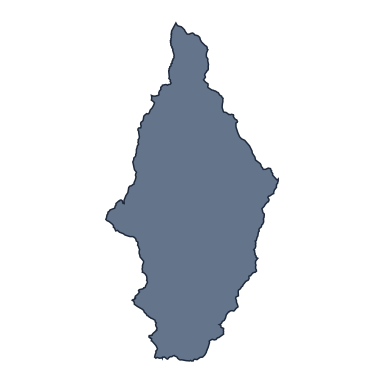 Gura Teghii, Buzau, Romania
{"feature_id": "2599482B83028603029386", "entity_name": "Gura Teghii", "entity_type": "district", "adm_level": 2, "iso_a3": "ROU", "parent_name": "Romania", "parent_adm1": "Buzau", "projection": "albers", "projection_center": [26.43, 45.616], "detail": "fine", "context": "isolated", "style": "filled", "palette": "slate", "viewbox_px": 384, "rotation_deg": 0, "n_neighbors": 0, "source": "geoboundaries", "source_scale": "gbopen_adm2", "svg_char_len": 6018}
<svg xmlns="http://www.w3.org/2000/svg" viewBox="0 0 384 384"><path d="M193.4,360.2L194.0,359.5L194.6,359.2L197.0,359.6L200.1,357.4L202.6,357.1L204.7,355.0L206.3,352.3L206.7,350.5L207.2,349.9L207.3,349.1L208.0,347.8L209.5,342.6L209.2,341.2L209.4,340.9L212.1,339.3L214.3,339.9L216.1,339.5L217.4,337.8L218.7,337.6L223.6,334.1L223.4,332.8L223.6,331.6L223.3,330.0L223.6,329.2L223.6,328.4L221.1,327.4L220.8,325.4L219.4,324.6L220.1,324.4L221.6,323.1L222.3,321.5L224.3,320.3L225.5,318.0L226.3,314.8L228.6,311.9L229.1,311.9L230.3,310.9L232.0,310.6L233.5,311.0L234.2,310.8L236.4,308.0L237.8,307.2L238.0,306.6L237.5,304.8L236.4,302.1L236.5,300.7L235.6,298.3L236.0,297.0L238.4,295.8L238.2,291.2L238.5,290.1L240.4,288.8L241.4,287.0L242.7,286.0L243.1,284.8L245.8,281.4L248.4,280.0L249.1,278.4L248.9,276.5L249.2,275.9L250.5,275.8L252.5,273.2L254.2,272.3L255.1,272.3L256.5,271.1L256.3,269.8L255.6,268.6L255.6,266.2L255.9,265.7L255.9,264.8L255.4,263.3L255.6,261.8L255.5,261.2L257.8,258.3L256.2,257.5L256.1,256.2L254.9,254.3L255.1,253.7L254.6,252.0L254.6,250.6L253.7,249.8L255.2,248.0L255.7,246.5L255.7,245.3L255.4,244.8L255.7,244.2L255.6,243.5L255.9,243.1L255.2,241.1L256.2,240.7L256.4,240.1L257.0,237.4L257.8,236.1L258.4,232.0L259.2,231.1L258.9,229.5L259.5,228.4L261.3,226.9L261.8,224.7L262.7,224.1L263.7,221.8L263.5,221.0L263.7,219.9L263.4,219.4L263.6,218.1L264.0,217.6L264.3,214.6L264.0,213.6L263.2,213.0L262.6,211.7L262.6,211.0L261.9,208.7L264.2,206.3L265.3,204.3L267.6,201.9L268.3,201.8L268.5,201.1L268.9,200.7L269.0,199.3L267.8,197.4L268.5,196.2L269.7,196.0L272.7,193.9L273.7,193.6L273.7,192.2L274.3,190.1L276.5,187.3L276.3,186.2L276.5,185.7L276.5,184.5L277.7,183.1L277.7,182.2L278.2,181.0L278.2,179.0L277.4,179.8L276.8,179.8L272.6,175.1L272.7,173.5L271.3,171.7L271.6,170.9L271.2,170.6L270.5,168.6L268.2,168.1L265.7,169.3L263.2,169.4L262.4,167.7L261.3,166.6L260.9,164.8L260.2,163.6L255.5,160.0L254.9,157.1L252.3,153.1L252.0,150.9L249.5,145.9L244.7,140.3L241.5,138.8L239.6,136.8L237.8,132.7L236.0,127.1L235.9,123.1L237.2,122.3L237.5,121.5L236.7,119.9L235.4,119.4L234.0,117.7L233.4,116.6L233.6,115.7L233.4,114.8L231.5,114.3L230.2,114.7L229.5,114.4L228.6,114.5L227.8,113.6L225.9,112.4L224.2,112.2L223.4,111.7L222.1,107.4L222.4,103.8L222.9,101.6L222.8,99.7L223.1,98.3L222.1,97.6L221.6,96.2L219.7,95.1L218.2,92.6L216.9,92.1L215.5,91.0L214.7,91.0L213.4,90.3L211.8,90.0L208.1,87.6L207.7,86.8L208.1,85.4L208.0,83.8L205.7,82.3L203.5,79.9L205.4,77.3L205.3,76.4L204.7,75.3L204.9,73.9L206.8,71.4L206.7,71.0L208.0,70.0L208.3,69.1L208.2,66.2L208.5,64.5L207.7,60.7L207.9,59.1L207.2,57.9L206.5,57.3L206.3,55.1L206.5,52.9L207.9,49.6L207.2,49.0L207.1,47.3L206.6,46.4L205.2,45.6L201.6,42.1L200.4,39.9L199.7,37.4L197.8,35.7L194.7,34.9L193.6,33.5L192.4,33.0L190.2,33.6L189.4,34.2L187.1,34.1L185.0,31.2L184.6,30.0L182.7,28.0L181.3,26.8L178.0,25.9L177.0,25.0L175.9,23.0L171.7,30.9L171.3,33.4L171.6,33.7L171.1,34.3L171.5,35.0L171.1,36.2L171.4,37.4L170.8,38.9L171.0,40.2L170.3,40.9L170.8,41.6L170.5,42.6L171.0,43.3L170.8,43.9L171.0,45.6L171.8,46.4L172.0,46.9L171.8,47.5L172.9,49.2L172.7,50.2L174.2,55.3L173.9,56.3L174.1,57.5L173.4,58.8L172.9,59.1L172.8,60.5L172.2,61.0L171.9,62.6L172.1,63.3L171.0,63.9L171.0,65.9L169.8,66.7L169.6,68.2L169.0,68.8L169.2,70.2L168.7,70.7L169.3,77.0L168.9,78.5L170.3,79.8L170.4,80.7L170.1,81.2L171.1,83.0L170.3,84.2L168.2,84.6L167.6,85.2L166.0,84.5L162.4,85.2L162.2,86.0L160.8,87.3L160.8,89.6L159.4,91.1L158.8,92.9L159.0,94.5L158.6,95.2L155.1,96.2L152.8,96.0L151.4,95.4L151.7,97.0L151.6,99.4L151.3,100.0L153.4,101.6L154.5,102.8L153.8,104.9L152.2,107.9L150.2,110.1L149.4,112.5L148.6,113.7L147.9,113.9L146.6,113.6L144.1,115.7L143.7,116.8L143.2,120.1L142.6,121.1L141.1,122.2L140.7,123.1L140.7,124.8L141.2,125.9L140.7,127.8L138.7,128.0L138.0,128.9L137.9,130.1L138.7,131.4L138.7,132.6L139.4,136.9L139.1,138.5L138.1,139.8L138.4,141.1L137.9,142.3L138.6,144.1L137.3,146.0L137.0,147.8L136.4,149.4L136.3,153.4L135.7,154.2L135.8,155.5L135.3,156.6L133.9,157.9L133.6,160.2L132.8,161.9L134.5,169.8L136.5,172.2L135.6,174.2L135.5,175.6L136.0,176.6L135.9,177.6L135.2,180.2L134.1,182.5L134.0,184.0L133.1,184.4L131.5,185.7L129.7,186.2L128.7,187.6L127.9,192.6L125.9,195.6L124.0,200.5L124.2,203.6L123.0,203.3L122.2,200.7L121.1,200.0L120.1,200.1L119.5,201.0L118.9,200.9L118.1,201.6L116.0,203.5L115.9,205.3L115.2,206.0L114.7,208.2L110.1,209.9L109.0,211.5L108.0,212.1L107.8,213.9L107.0,214.9L106.4,218.2L105.8,219.3L106.8,220.5L109.3,221.7L112.7,224.5L113.5,225.8L113.4,227.3L114.5,228.0L115.7,230.9L117.5,230.4L119.5,232.2L123.4,233.7L125.0,235.0L130.0,236.6L132.9,236.6L134.3,237.4L135.6,238.6L136.3,241.0L137.7,241.9L138.0,243.1L137.6,245.2L138.4,246.2L138.8,247.8L139.6,249.3L139.1,251.7L139.2,253.7L139.7,254.7L140.1,257.0L143.6,261.1L143.4,263.3L142.8,264.3L142.4,266.0L142.5,267.7L142.1,268.9L142.6,271.3L142.3,272.2L143.7,272.7L145.3,274.1L146.6,276.1L147.0,279.1L146.6,280.2L147.1,280.8L147.4,282.5L145.7,285.7L145.2,287.4L144.0,288.0L143.6,287.9L143.4,288.5L142.7,288.9L139.2,289.7L138.5,290.8L139.5,292.0L137.6,294.4L135.3,296.2L135.1,297.2L135.6,297.9L135.4,298.5L135.0,298.8L134.7,298.6L134.6,299.0L133.9,299.5L133.0,299.6L132.2,300.2L133.8,301.3L134.3,302.8L134.3,304.2L137.2,306.3L142.7,309.5L143.7,310.6L144.3,312.2L146.2,313.9L147.0,315.5L148.0,315.8L149.4,317.2L150.5,317.6L151.0,318.3L152.3,318.6L155.1,320.3L155.3,322.0L156.3,322.9L155.6,324.6L155.9,326.0L157.0,328.0L156.8,329.3L156.2,330.3L156.5,330.4L153.2,333.3L152.0,334.8L152.0,335.3L149.2,335.6L148.9,337.0L150.1,337.6L150.1,338.1L151.6,338.6L151.3,340.8L152.0,341.0L156.0,345.6L157.5,348.8L156.8,350.1L155.8,351.1L156.0,351.4L155.9,352.9L155.3,354.2L154.6,357.1L155.9,358.2L156.5,357.6L157.5,357.5L159.4,358.2L161.7,358.0L162.2,357.5L162.4,358.1L162.6,357.3L164.5,357.0L167.2,359.1L167.9,358.9L168.7,357.7L170.3,356.7L171.9,356.7L172.9,355.9L174.3,355.5L175.0,356.2L176.5,356.7L177.2,357.3L177.6,358.2L179.3,359.6L180.1,359.9L181.8,359.8L185.9,360.6L189.7,360.9L190.5,360.4L191.5,361.0L193.2,360.9L193.4,360.2Z" fill="#64748b" stroke="#1e293b" stroke-width="1.5"/></svg>